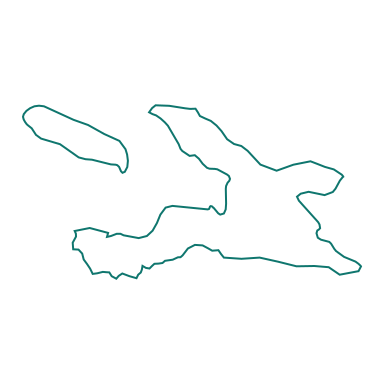 map outline of Ouest (Robinson projection)
{"feature_id": "HTI-1388", "entity_name": "Ouest", "entity_type": "Department", "adm_level": 1, "iso_a3": "HTI", "parent_name": "Haiti", "parent_adm1": "", "projection": "robinson", "projection_center": [-72.52, 18.618], "detail": "fine", "context": "isolated", "style": "outline", "palette": "teal", "viewbox_px": 384, "rotation_deg": 0, "n_neighbors": 0, "source": "natural_earth", "source_scale": "10m", "svg_char_len": 2410}
<svg xmlns="http://www.w3.org/2000/svg" viewBox="0 0 384 384"><path d="M343.3,176.7L342.8,177.0L339.9,180.6L335.5,188.7L332.8,192.0L324.6,195.1L308.6,191.8L300.7,193.7L297.0,196.7L298.9,200.7L318.2,222.2L319.5,224.5L320.1,228.2L318.9,229.5L317.3,230.5L316.5,233.2L317.8,237.7L321.0,239.7L329.3,241.9L331.1,243.7L334.3,248.9L336.1,251.1L344.1,256.9L355.5,261.6L358.5,263.8L360.5,265.7L361.0,266.4L358.5,271.2L358.3,271.2L339.7,274.7L328.7,267.2L314.3,266.0L296.5,266.3L278.1,261.7L259.6,257.6L241.5,258.8L223.9,257.6L221.0,254.0L218.4,250.2L212.2,250.7L208.2,248.4L202.6,245.4L194.9,244.9L187.9,248.5L182.6,255.4L180.5,257.2L177.9,257.3L172.7,259.7L167.8,260.4L165.0,260.8L162.5,263.0L158.5,263.6L154.4,263.8L151.9,266.1L149.5,268.5L145.9,267.9L142.5,265.9L141.9,269.5L140.8,272.5L138.2,274.7L136.5,278.2L129.5,276.2L122.3,273.5L118.7,275.9L116.3,278.7L111.7,276.2L109.3,272.4L106.2,272.2L102.8,271.9L97.2,273.3L92.7,273.9L90.1,268.6L87.1,264.1L83.7,259.5L82.2,253.6L78.5,249.6L73.2,249.3L72.7,242.7L76.0,236.6L75.9,233.7L74.7,231.0L89.7,228.0L108.1,232.9L107.0,236.9L111.0,236.0L116.7,233.8L120.5,233.8L123.6,235.3L138.7,238.1L146.9,236.0L152.6,230.7L156.9,223.1L160.4,214.6L165.6,207.6L172.4,205.9L207.8,209.4L209.1,208.9L209.6,207.7L210.0,206.6L210.7,206.1L212.0,206.4L212.7,207.0L213.1,207.6L213.7,207.9L218.2,213.3L220.2,214.6L223.9,213.5L225.7,209.4L226.1,203.7L225.8,188.8L226.1,186.0L227.6,182.7L229.3,180.8L230.0,178.9L228.9,176.0L227.0,174.5L217.3,169.3L214.7,168.9L209.5,168.7L207.0,167.8L202.7,163.8L198.9,158.7L194.8,155.2L189.6,155.9L182.3,151.0L180.5,148.8L178.7,144.2L167.9,125.7L164.8,122.3L160.6,118.5L156.1,115.4L152.5,114.1L149.1,112.3L152.1,108.1L155.6,105.3L169.2,105.8L185.2,108.3L190.2,108.9L195.5,108.7L197.8,112.2L199.9,116.0L205.2,118.5L210.8,120.9L216.5,125.5L221.5,131.1L227.1,139.2L234.0,144.0L241.3,146.0L247.6,150.8L260.4,164.6L276.6,170.7L293.4,164.7L310.5,161.3L317.8,164.1L324.9,166.9L333.8,169.4L341.8,174.7L343.3,176.6L343.3,176.7ZM31.7,128.3L27.8,125.2L26.7,124.2L25.1,122.0L23.7,119.5L23.0,116.8L23.8,114.1L26.4,110.9L30.1,108.2L34.4,106.3L39.0,105.7L44.0,106.3L73.5,119.8L88.1,125.0L104.2,134.0L119.4,140.9L125.5,149.2L127.1,154.5L127.9,160.8L127.3,167.0L124.8,171.8L122.5,172.8L121.0,171.3L119.1,166.9L117.3,165.2L115.7,164.7L110.9,164.4L92.0,159.7L85.5,159.2L78.7,157.4L60.0,144.2L41.1,138.6L36.0,134.9L31.7,128.3Z" fill="none" stroke="#0f766e" stroke-width="2"/></svg>